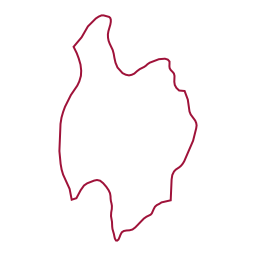 outline of Bắc Kạn
{"feature_id": "VNM-451", "entity_name": "Bắc Kạn", "entity_type": "Province", "adm_level": 1, "iso_a3": "VNM", "parent_name": "Vietnam", "parent_adm1": "", "projection": "equal_earth", "projection_center": [105.864, 22.252], "detail": "fine", "context": "isolated", "style": "outline", "palette": "rose", "viewbox_px": 256, "rotation_deg": 0, "n_neighbors": 0, "source": "natural_earth", "source_scale": "10m", "svg_char_len": 1599}
<svg xmlns="http://www.w3.org/2000/svg" viewBox="0 0 256 256"><path d="M71.7,199.7L69.6,188.9L63.1,174.6L61.6,169.5L60.6,163.8L59.4,151.1L60.5,123.9L61.5,117.6L63.1,112.0L65.0,106.8L70.9,95.0L77.3,85.6L79.3,81.4L80.9,75.9L81.2,70.7L80.5,64.6L78.7,58.4L76.8,53.3L73.6,46.8L81.6,37.3L87.9,26.4L95.8,18.5L98.7,16.6L101.5,15.4L103.6,15.4L109.1,16.9L110.2,17.9L110.8,19.6L110.8,21.9L110.3,24.7L108.4,31.2L107.9,34.4L108.0,37.6L108.6,40.8L109.7,43.7L112.7,50.0L113.7,53.7L114.4,57.8L115.5,62.7L117.5,67.5L122.5,73.1L125.7,74.7L129.0,75.4L131.7,74.8L134.3,73.6L137.1,71.1L139.8,69.1L144.2,66.9L145.9,65.7L147.5,64.2L149.7,62.7L158.9,59.2L164.9,58.7L167.8,59.6L169.5,61.5L169.5,63.9L169.4,66.2L169.7,68.3L170.8,70.1L172.5,71.8L173.9,73.5L174.5,75.9L174.3,81.8L174.8,85.0L176.4,87.9L179.1,90.5L184.6,91.0L187.8,99.6L189.5,111.5L190.7,114.5L195.2,120.6L196.2,123.0L196.6,125.4L196.2,128.3L193.1,140.7L184.2,161.3L182.8,163.6L181.2,165.6L179.4,167.2L175.8,169.6L174.0,171.5L172.3,175.0L171.6,179.5L170.7,200.3L161.5,202.4L159.4,203.8L156.8,205.1L155.0,206.7L153.8,208.9L151.8,213.4L150.6,214.7L146.5,216.7L143.8,218.6L135.3,227.4L132.5,229.5L129.5,230.3L126.4,230.5L123.8,231.0L121.8,232.3L120.5,234.7L119.5,237.3L118.5,239.5L117.2,240.6L116.0,240.5L114.9,238.6L114.4,236.5L113.9,234.0L112.5,229.1L112.2,226.7L112.0,221.9L111.0,216.1L111.2,212.4L111.8,209.0L111.9,205.9L111.5,203.5L110.9,201.1L110.6,198.6L110.5,196.1L110.0,193.2L108.6,190.2L106.3,186.8L103.2,183.2L100.1,180.7L97.0,180.0L94.1,180.6L87.2,183.3L84.0,185.5L80.6,190.3L76.4,198.2L71.7,199.7Z" fill="none" stroke="#9f1239" stroke-width="2"/></svg>